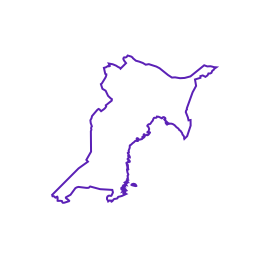 map outline of Atyrau (Albers equal-area conic projection), rotated 304°
{"feature_id": "KAZ-3198", "entity_name": "Atyrau", "entity_type": "Region", "adm_level": 1, "iso_a3": "KAZ", "parent_name": "Kazakhstan", "parent_adm1": "", "projection": "albers", "projection_center": [51.054, 47.461], "detail": "fine", "context": "isolated", "style": "outline", "palette": "violet", "viewbox_px": 256, "rotation_deg": 304, "n_neighbors": 0, "source": "natural_earth", "source_scale": "10m", "svg_char_len": 5836}
<svg xmlns="http://www.w3.org/2000/svg" viewBox="0 0 256 256"><g transform="rotate(304 128 128)"><path d="M34.3,120.0L30.6,117.1L30.0,116.4L29.6,115.9L29.6,115.5L29.7,115.2L30.0,114.6L30.4,114.2L30.5,114.0L30.4,113.8L29.8,112.6L28.4,110.7L28.3,110.3L28.6,110.1L30.2,109.1L31.1,108.4L31.5,107.8L31.1,107.4L30.0,107.2L29.7,106.8L29.7,106.3L29.9,105.7L30.0,105.2L29.9,104.6L29.3,103.9L29.2,103.6L29.4,103.4L29.8,103.1L30.1,102.5L66.9,109.6L77.7,113.6L78.3,111.3L87.7,110.6L104.6,99.0L106.1,98.6L107.1,97.6L108.2,97.1L109.2,97.1L111.2,94.4L113.4,92.5L115.6,92.3L117.8,91.5L125.7,92.4L127.3,92.9L127.5,93.9L126.9,96.3L130.1,97.5L131.8,97.9L133.6,97.9L134.4,96.9L141.6,99.2L142.9,98.5L142.9,97.1L143.5,93.5L146.4,88.6L146.2,84.9L149.2,81.0L150.3,81.4L157.5,81.1L159.7,80.5L160.4,80.0L160.1,79.1L160.6,78.4L164.4,74.4L165.9,75.7L168.3,76.8L168.4,77.7L169.3,78.2L170.7,76.0L172.3,79.7L173.0,83.1L173.1,86.1L173.4,87.6L173.0,88.6L180.7,90.1L181.6,87.3L182.4,85.8L183.2,85.2L184.4,85.3L185.1,86.5L186.0,87.1L187.9,87.2L189.0,90.6L189.0,92.3L188.6,93.0L188.2,96.9L189.3,100.2L190.2,103.9L190.4,107.3L192.6,109.6L194.8,117.2L195.2,120.8L194.3,131.7L194.4,136.2L196.3,138.7L198.4,143.3L201.2,147.0L205.7,150.9L222.6,156.1L223.4,159.3L225.3,161.8L225.9,163.3L226.5,165.2L227.7,167.3L225.3,166.4L224.2,166.5L222.6,165.9L220.3,166.3L219.0,165.5L218.2,164.2L216.1,164.5L213.7,163.6L213.4,160.6L211.5,159.0L210.1,160.0L205.7,156.4L201.0,160.9L193.7,161.6L177.1,165.8L176.4,166.5L175.1,166.4L173.5,167.0L170.2,171.8L168.2,173.9L169.6,175.4L165.0,178.6L154.3,181.6L150.4,180.8L150.7,180.4L151.0,180.2L151.5,180.0L151.7,179.8L152.4,178.8L152.7,178.2L153.0,177.0L153.4,176.4L154.0,175.7L154.2,175.4L154.6,174.1L155.0,173.3L155.1,172.8L155.0,172.2L155.0,172.4L154.9,172.0L155.0,171.6L155.4,170.8L155.6,170.4L155.7,169.9L155.8,167.7L156.4,165.0L156.3,162.8L155.7,161.2L154.7,160.0L153.6,158.9L154.0,158.9L154.7,159.5L155.1,159.7L154.7,159.2L154.5,158.7L154.5,158.1L154.6,157.6L154.2,157.8L153.7,158.3L153.3,158.6L152.8,158.5L152.8,157.8L153.0,157.0L153.7,155.7L153.7,156.3L154.0,156.6L154.4,156.6L154.7,156.3L154.8,155.8L154.9,154.7L155.1,154.2L155.3,154.8L155.5,154.6L155.8,153.7L156.0,153.6L156.7,153.7L157.0,153.4L157.1,153.1L157.1,151.8L156.7,151.1L156.0,150.8L155.4,150.8L154.9,150.6L154.8,150.2L154.8,149.2L154.4,147.0L153.9,146.2L153.8,145.8L153.7,145.6L152.7,145.8L152.4,145.7L152.0,145.4L151.2,144.1L150.8,143.9L149.9,143.9L147.9,144.4L146.7,144.2L144.4,144.2L143.8,144.1L143.4,143.9L142.7,143.1L142.3,142.9L141.0,142.7L140.6,142.8L140.4,143.1L140.3,143.4L140.3,144.2L140.2,144.5L139.3,145.8L139.0,146.1L137.0,146.8L136.4,146.9L135.7,146.4L135.4,146.4L135.2,146.7L135.3,147.1L136.2,147.5L136.4,148.0L136.6,148.4L136.6,148.7L136.5,148.8L133.8,148.7L133.3,148.4L132.9,148.1L132.9,147.9L132.8,147.5L132.7,147.5L132.5,147.3L131.8,146.6L131.5,146.5L131.4,146.3L131.3,145.9L131.9,145.2L131.8,144.8L131.4,144.7L131.0,145.3L130.6,146.4L130.2,146.6L129.5,146.6L128.8,146.4L128.3,146.2L129.0,145.3L129.2,145.1L128.7,144.9L128.2,145.2L127.3,145.8L126.8,145.8L126.4,145.6L126.0,145.2L125.6,144.8L124.8,144.2L124.5,143.6L124.9,142.3L124.9,141.7L124.6,141.2L124.1,141.1L123.6,141.5L123.5,142.1L123.3,142.7L123.1,143.3L122.7,143.4L122.3,142.8L121.8,141.7L121.4,141.3L120.8,141.1L119.5,140.9L118.3,140.4L115.6,139.8L114.7,139.3L114.2,139.4L113.2,140.1L112.4,140.5L109.6,141.2L109.2,141.4L108.6,142.2L108.2,142.4L107.9,142.3L107.4,141.9L107.2,141.8L106.9,142.1L106.8,142.3L106.8,142.7L105.1,145.6L104.7,145.9L104.5,145.4L104.6,145.0L105.0,144.4L105.1,144.0L105.0,143.8L104.7,144.0L104.0,144.8L103.4,145.1L102.8,145.2L102.4,145.0L102.1,145.0L102.0,145.6L101.9,147.1L101.7,147.6L101.4,148.0L101.1,148.3L100.7,148.1L101.1,147.6L101.3,147.1L101.3,146.8L100.8,146.6L100.1,146.9L99.7,147.2L98.6,146.3L98.4,146.2L98.2,146.2L97.8,146.6L97.2,148.6L96.8,148.9L96.9,148.6L97.0,147.5L96.7,147.7L96.2,148.7L96.1,148.8L95.7,148.9L95.3,149.1L94.3,150.9L93.9,151.4L93.5,151.3L93.5,151.1L93.7,150.7L93.7,150.3L93.5,150.2L93.2,150.3L92.6,150.7L90.6,152.7L90.0,153.7L89.7,154.2L89.2,154.4L88.4,154.3L88.1,154.4L87.9,154.5L87.4,155.2L86.7,155.5L86.4,156.0L86.1,156.0L85.5,155.8L85.2,156.1L85.1,156.7L85.0,157.1L84.5,156.8L84.2,156.4L84.0,156.2L83.8,156.3L83.8,157.0L83.7,157.3L83.5,157.2L83.1,156.6L82.8,156.4L82.6,156.4L82.5,156.6L82.6,157.4L82.6,157.7L81.2,155.8L80.9,155.7L80.8,156.3L80.9,157.6L80.5,157.4L80.3,157.6L80.1,157.9L79.9,158.3L79.7,157.5L79.5,157.1L78.2,156.5L77.9,156.3L77.6,155.9L77.6,155.2L77.6,156.2L77.7,156.7L78.0,157.1L78.2,157.9L78.3,158.2L78.1,158.2L77.3,157.9L77.4,157.1L76.9,156.6L76.7,156.5L76.6,156.9L75.9,156.8L75.1,156.5L74.5,156.0L74.1,155.4L74.3,156.2L75.6,157.8L76.0,158.8L75.5,158.6L74.7,158.6L74.4,158.2L74.2,157.7L73.9,157.4L73.5,157.3L73.5,157.5L73.9,157.8L73.9,158.5L74.0,159.1L74.6,159.4L75.3,160.3L75.5,160.9L75.4,161.2L75.3,161.6L74.4,160.9L74.0,160.5L73.2,159.2L72.9,159.0L72.3,159.0L72.7,159.3L72.8,159.6L72.9,160.1L73.0,160.4L73.7,161.3L73.4,161.5L73.1,161.3L71.4,160.7L71.2,160.7L71.1,160.8L71.1,161.2L71.3,161.4L71.7,161.5L72.1,161.8L72.2,162.4L72.3,163.4L68.2,160.9L66.7,159.6L65.8,158.7L65.4,158.4L64.7,158.4L64.2,158.5L63.7,158.5L62.4,157.4L61.9,156.7L61.3,156.2L60.5,156.0L58.5,155.9L57.8,155.5L58.3,154.8L58.0,154.6L57.9,153.7L57.7,153.4L56.9,152.9L56.5,152.7L56.1,152.6L56.6,151.9L57.3,150.4L58.4,149.6L59.7,149.3L60.9,149.7L61.3,150.2L61.7,150.7L62.2,151.9L62.7,152.1L66.0,151.6L66.6,151.1L67.9,149.6L61.7,139.1L58.8,130.7L58.6,130.0L58.4,129.4L58.1,129.2L57.3,129.1L56.5,128.8L56.0,128.3L55.0,126.8L51.4,119.8L50.1,118.7L48.7,118.0L40.5,117.7L36.1,115.4L35.7,115.3L35.3,115.6L35.1,116.1L35.1,117.9L34.9,119.4L34.7,120.0L34.3,120.0ZM85.0,164.1L85.3,164.9L85.4,165.7L84.9,167.1L84.6,167.3L84.1,166.8L83.8,166.1L82.8,163.3L82.8,162.7L83.5,162.7L84.4,163.3L84.8,163.7L85.0,164.1Z" fill="none" stroke="#5b21b6" stroke-width="2"/></g></svg>